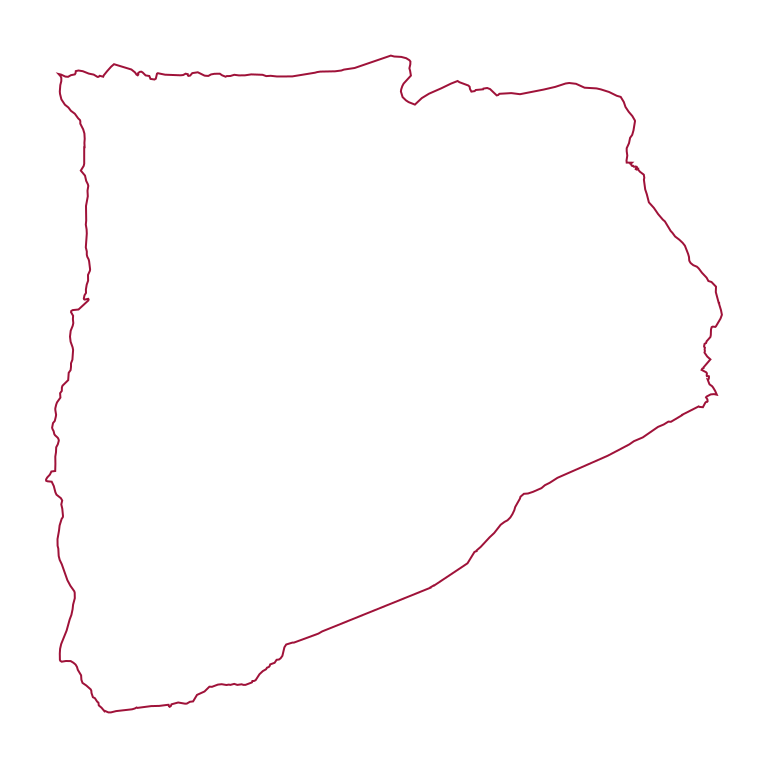 the district of Lapusata, Vâlcea, Romania
{"feature_id": "2599482B55228800753193", "entity_name": "Lapusata", "entity_type": "district", "adm_level": 2, "iso_a3": "ROU", "parent_name": "Romania", "parent_adm1": "Vâlcea", "projection": "equal_earth", "projection_center": [23.992, 44.913], "detail": "fine", "context": "isolated", "style": "outline", "palette": "rose", "viewbox_px": 768, "rotation_deg": 0, "n_neighbors": 0, "source": "geoboundaries", "source_scale": "gbopen_adm2", "svg_char_len": 5823}
<svg xmlns="http://www.w3.org/2000/svg" viewBox="0 0 768 768"><path d="M716.8,394.7L715.2,391.0L713.1,387.5L712.1,386.2L709.6,384.4L709.2,383.6L707.6,379.4L708.3,379.6L708.8,378.6L709.0,376.9L708.7,376.1L706.9,376.1L706.7,375.6L706.9,373.3L706.2,372.3L701.6,369.9L702.3,368.6L703.6,368.0L703.6,367.3L710.4,359.4L707.2,356.5L704.5,352.6L704.9,351.0L704.6,349.5L704.9,347.6L704.1,346.7L704.1,346.0L704.6,343.8L706.1,343.0L706.6,341.3L710.4,337.0L710.8,335.1L711.0,329.4L711.7,327.1L712.8,326.6L715.3,326.9L715.9,326.4L720.5,318.6L721.9,314.8L721.0,310.2L719.2,304.3L719.1,302.9L718.7,302.9L715.8,292.1L716.0,286.7L711.5,282.0L708.4,281.0L706.6,277.7L701.9,272.7L698.7,268.4L696.9,266.7L693.3,265.2L690.7,263.1L689.6,261.4L689.2,260.2L689.0,257.0L688.1,253.9L684.9,245.7L682.6,242.8L679.2,239.6L675.1,236.5L672.4,232.8L670.7,231.0L664.9,221.4L662.8,219.6L658.2,214.2L653.8,207.8L648.9,202.4L646.8,194.2L645.2,189.4L643.9,179.7L644.3,177.8L643.8,174.7L640.0,171.8L638.2,169.7L638.2,169.0L636.7,169.6L635.7,169.1L635.9,168.5L637.2,167.8L636.7,166.8L635.5,166.5L634.0,166.8L633.0,165.8L632.3,166.0L631.6,165.5L631.2,164.3L630.6,163.9L631.9,162.7L626.7,162.6L626.5,160.6L627.3,155.6L626.7,151.2L626.7,148.2L629.0,143.2L630.1,137.8L632.2,134.9L633.5,130.3L635.0,121.2L634.9,120.5L632.3,116.0L628.7,111.8L625.5,107.0L623.8,102.0L620.7,96.9L616.8,95.8L609.1,92.0L600.9,89.4L596.5,88.4L584.6,87.7L576.0,83.8L569.2,83.0L565.6,83.5L555.2,86.9L543.5,89.6L520.0,94.2L511.3,93.1L499.4,93.8L498.2,95.0L496.7,95.4L490.1,89.1L487.2,88.0L483.4,88.6L483.1,89.3L475.8,90.0L474.6,91.1L471.4,91.6L470.0,89.0L469.6,86.7L468.3,85.5L459.4,82.2L457.6,81.0L451.0,83.6L441.3,88.3L429.0,93.7L421.8,98.1L414.9,104.6L408.6,102.1L406.0,100.4L402.6,97.1L400.9,91.5L401.2,89.4L402.3,86.1L403.6,83.6L410.9,75.6L410.1,70.8L409.4,68.3L410.3,64.3L410.4,61.5L409.4,60.2L406.2,58.2L401.2,56.9L394.2,56.5L390.8,55.6L354.6,68.0L343.9,69.6L341.4,70.5L335.1,71.3L320.3,71.6L317.1,72.1L315.0,72.7L292.3,76.4L277.1,76.5L270.7,75.8L266.2,76.1L262.6,74.8L251.2,74.4L245.1,75.3L238.9,75.4L234.3,74.8L230.3,76.0L226.7,76.1L225.6,76.7L222.1,75.3L219.8,73.7L214.5,73.8L211.1,74.4L208.4,75.9L206.0,75.8L204.5,75.6L197.8,72.3L192.3,73.1L190.1,75.6L188.5,75.9L187.9,75.5L187.8,74.2L185.6,73.7L183.2,75.0L180.7,75.3L165.1,74.7L157.8,73.2L157.0,73.7L155.8,78.7L154.5,79.5L150.5,78.9L149.3,76.0L145.6,75.4L142.7,72.5L141.4,71.7L140.0,71.8L138.3,72.9L138.0,73.5L138.3,74.6L137.7,75.3L136.5,74.6L135.0,72.4L131.4,69.5L114.0,64.2L111.1,66.7L107.1,71.2L103.7,75.4L103.2,76.7L99.7,75.8L98.6,76.8L97.5,76.9L93.7,74.6L88.8,73.6L82.8,71.2L78.5,70.5L75.8,71.1L75.5,73.3L74.8,74.4L70.9,75.2L68.1,76.8L65.4,76.6L61.1,74.6L58.6,74.0L60.5,76.1L61.3,77.8L61.3,81.1L60.3,85.1L59.8,91.5L60.0,93.8L61.4,99.4L64.9,104.7L68.4,107.5L70.9,110.8L74.8,113.7L78.2,118.4L79.9,120.0L80.3,121.1L80.3,123.7L83.2,129.4L84.4,133.5L84.7,138.9L84.4,142.9L84.6,147.2L84.2,147.2L84.2,150.3L84.2,163.7L83.7,165.9L80.8,170.6L85.0,175.6L86.2,180.9L87.8,184.1L88.3,185.9L87.5,190.7L87.8,196.3L86.0,206.0L86.2,220.6L85.8,224.6L86.6,229.4L86.8,233.6L85.8,247.4L86.8,251.4L86.8,254.8L87.3,256.8L88.6,259.3L89.1,261.2L90.1,269.4L89.9,270.8L88.0,274.9L88.1,280.7L86.7,284.7L85.9,289.5L86.0,292.9L84.5,295.3L83.8,298.5L84.1,299.3L84.7,299.6L88.2,298.8L88.6,299.4L88.3,300.5L78.5,309.5L72.7,310.1L71.3,310.9L71.0,312.1L73.1,315.8L72.9,319.1L73.3,323.1L72.7,325.8L70.7,330.7L70.0,336.6L70.6,341.7L72.6,347.3L73.1,349.9L72.4,359.7L71.0,363.3L71.0,366.8L70.6,370.1L68.7,372.8L68.2,380.1L62.5,385.7L61.9,387.4L61.8,390.9L60.1,393.2L60.4,397.6L57.0,402.4L56.2,404.6L55.3,408.3L55.3,409.9L56.1,414.8L55.8,416.7L54.8,420.9L53.0,423.1L52.1,427.7L52.6,429.3L53.6,431.1L54.3,434.1L55.0,435.2L57.8,437.8L58.6,439.4L58.8,440.7L57.8,444.3L56.2,447.3L56.0,452.2L55.3,456.6L55.4,463.9L55.2,471.0L51.4,471.5L49.9,474.6L47.2,477.5L46.1,479.4L46.1,480.4L46.2,480.8L47.5,481.3L51.7,481.7L53.8,486.1L55.4,492.3L56.5,494.7L60.9,498.2L62.2,500.5L61.3,504.4L62.3,508.8L63.0,516.1L62.8,517.2L61.6,519.0L59.6,525.5L59.0,530.7L57.5,539.1L57.6,545.8L58.3,548.6L58.7,556.0L59.7,559.9L61.8,564.3L67.4,580.2L70.4,585.8L74.3,591.3L74.7,592.7L74.8,598.2L73.1,604.6L72.6,609.2L71.4,614.9L69.7,619.4L66.6,630.6L61.2,644.0L60.1,648.8L59.8,653.6L59.9,659.9L60.4,660.9L61.7,661.7L65.9,661.0L70.7,661.1L73.5,662.8L75.6,664.6L77.0,667.0L77.8,669.8L81.1,675.3L81.4,679.8L82.5,682.9L86.3,685.5L90.7,689.4L91.3,690.7L91.5,693.0L92.9,697.2L94.9,698.2L97.2,701.7L98.4,702.6L98.8,705.4L101.5,707.7L104.5,711.3L104.9,710.9L108.4,712.4L110.9,712.4L116.1,711.1L132.1,709.3L134.8,708.5L136.6,707.5L137.4,707.9L151.2,706.1L159.3,705.9L168.0,704.8L168.6,704.8L168.9,706.2L169.7,706.8L170.9,705.9L171.5,704.3L178.2,702.5L185.1,703.7L186.8,703.6L189.9,701.8L193.1,701.4L197.0,694.9L204.5,691.5L209.4,686.7L212.0,686.8L217.9,684.6L221.7,684.2L226.4,685.0L228.9,684.6L230.3,684.9L234.2,683.9L237.3,684.9L241.6,684.3L243.5,684.9L245.4,684.9L251.2,682.7L252.0,682.3L252.4,681.0L253.9,681.0L255.6,680.2L259.5,674.2L262.8,671.1L266.0,669.3L267.0,667.7L268.8,667.0L269.6,666.1L270.2,664.4L274.6,662.8L276.6,659.8L279.0,659.5L280.6,658.3L282.4,655.8L284.4,647.3L286.2,644.5L292.4,642.6L293.9,642.6L318.4,633.6L322.2,631.4L430.5,587.7L430.4,587.4L433.8,585.4L434.0,585.6L467.5,563.3L474.5,551.9L476.6,551.1L476.5,550.6L477.1,550.0L480.7,546.9L489.7,537.2L494.2,533.0L500.7,524.7L504.5,521.9L507.5,520.3L510.3,517.5L512.4,514.2L514.3,510.2L515.2,507.0L519.9,498.7L520.5,496.7L523.9,493.8L528.0,493.5L533.1,491.8L541.5,488.1L544.9,485.2L549.7,482.8L557.5,477.8L607.8,455.7L629.3,444.4L633.9,441.2L642.8,437.4L658.0,426.9L663.7,424.5L668.4,421.6L670.9,421.8L682.2,415.1L682.1,414.8L698.7,406.4L699.4,406.9L702.9,407.2L705.3,402.7L706.2,401.9L707.1,401.9L707.6,401.3L707.4,399.4L706.0,397.3L706.7,396.5L710.7,394.4L714.0,394.1L716.8,394.7Z" fill="none" stroke="#9f1239" stroke-width="2"/></svg>